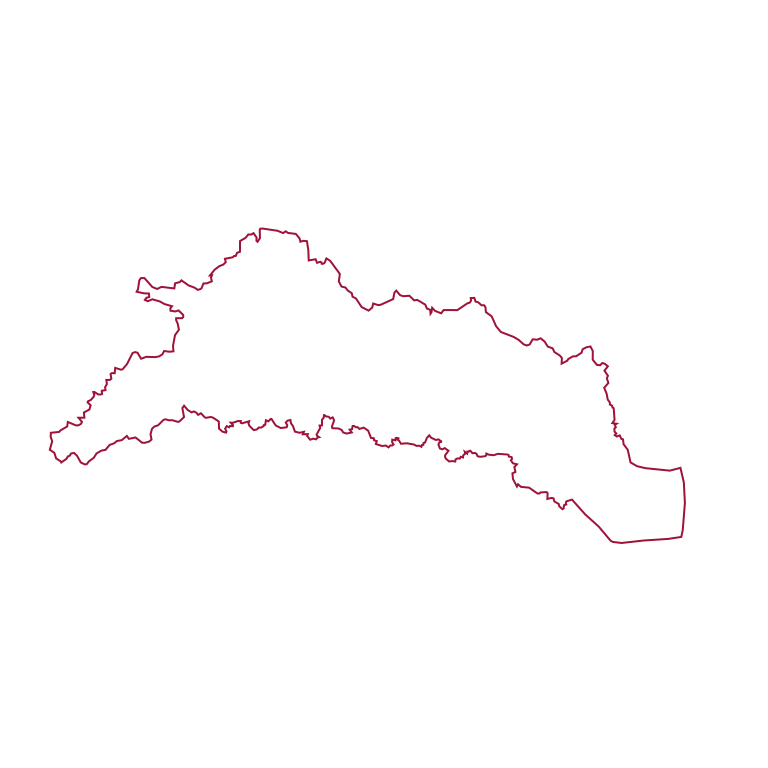 outline of Vondrozo, Atsimo-Atsinanana, Madagascar, rotated 280°
{"feature_id": "10022922B86038713071830", "entity_name": "Vondrozo", "entity_type": "district", "adm_level": 2, "iso_a3": "MDG", "parent_name": "Madagascar", "parent_adm1": "Atsimo-Atsinanana", "projection": "robinson", "projection_center": [47.287, -22.691], "detail": "fine", "context": "isolated", "style": "outline", "palette": "rose", "viewbox_px": 768, "rotation_deg": 280, "n_neighbors": 0, "source": "geoboundaries", "source_scale": "gbopen_adm2", "svg_char_len": 6133}
<svg xmlns="http://www.w3.org/2000/svg" viewBox="0 0 768 768"><g transform="rotate(280 384 384)"><path d="M250.7,79.8L255.2,84.3L257.7,85.2L259.0,87.2L261.1,87.7L262.3,90.7L260.2,94.0L254.1,99.0L252.9,103.1L253.3,105.1L256.8,107.0L260.8,110.9L265.7,113.0L269.3,117.2L270.8,121.2L276.3,124.3L278.8,128.6L281.5,130.9L283.1,135.4L288.2,139.8L285.7,142.3L288.2,148.6L284.2,155.9L284.5,158.6L286.6,162.8L288.9,164.7L294.0,162.8L299.6,163.3L302.2,165.2L304.1,168.7L310.5,173.2L311.3,175.0L310.9,178.6L311.6,181.8L310.9,187.7L311.7,189.1L316.7,192.8L325.3,189.6L327.9,190.9L324.4,195.1L322.6,199.4L324.0,201.6L323.1,204.4L321.3,206.3L323.4,208.8L320.0,213.3L319.8,214.6L321.4,219.0L321.2,221.4L318.4,227.8L311.4,229.3L309.0,233.2L308.7,236.9L309.9,237.1L312.4,235.3L315.2,236.4L314.5,239.1L315.9,239.6L316.2,242.5L317.2,242.5L319.3,239.8L319.6,242.0L322.2,246.6L322.6,249.5L320.9,249.6L320.6,251.0L323.9,257.7L321.7,257.4L319.5,258.6L316.0,263.6L317.2,266.8L319.4,268.2L319.7,270.4L321.5,272.7L322.6,272.7L323.2,274.1L327.8,274.0L327.2,276.7L329.9,278.4L330.0,279.3L324.4,284.5L322.7,290.0L324.5,295.7L326.6,295.9L328.9,294.0L331.1,295.3L332.3,298.1L328.9,299.4L327.0,301.5L321.6,304.6L321.3,309.4L323.0,313.4L320.4,312.8L321.4,317.7L319.6,317.3L316.3,320.9L317.9,323.8L317.7,326.7L319.8,327.9L320.4,329.3L321.3,327.1L322.5,326.4L329.6,328.8L331.9,327.8L332.4,330.1L338.0,329.2L340.5,330.5L342.9,330.2L343.0,330.9L342.0,332.7L342.1,335.3L340.6,337.1L342.2,339.2L341.6,339.8L339.5,341.2L332.9,340.1L331.5,340.8L332.3,347.0L331.4,350.3L329.2,352.2L328.7,355.8L330.7,360.7L333.1,358.1L334.0,360.4L337.2,360.4L337.5,361.6L336.5,364.1L336.9,365.6L335.5,367.6L337.5,371.6L335.3,376.5L328.6,380.6L328.8,383.4L326.9,384.0L326.5,386.8L323.5,386.4L322.6,392.9L323.7,396.5L322.4,399.4L324.6,401.0L324.9,402.8L326.1,403.9L328.1,402.1L330.6,401.8L330.5,405.0L332.6,404.8L333.2,405.7L333.0,407.6L331.6,407.0L331.0,408.5L328.1,411.1L329.6,416.9L329.6,424.0L328.7,426.7L329.4,429.7L328.6,431.7L330.7,432.1L330.9,433.3L332.8,433.2L333.5,434.6L338.4,435.6L341.3,437.5L339.4,439.5L337.9,444.7L338.9,447.3L337.5,450.3L336.8,450.3L336.1,448.6L334.0,448.1L330.2,450.2L329.8,452.8L331.4,454.9L329.5,459.1L324.4,456.6L323.0,456.7L321.2,457.9L319.0,461.6L320.0,464.7L320.0,467.6L322.2,467.6L323.5,469.3L323.7,471.6L325.6,472.2L325.4,474.6L327.5,474.4L329.5,476.1L331.3,475.3L329.9,478.0L331.9,477.8L332.1,479.2L333.1,479.8L333.2,480.7L331.2,483.1L331.9,485.5L331.4,487.1L329.1,488.7L329.0,491.5L330.5,496.2L331.4,497.0L333.3,496.9L332.6,499.3L332.9,504.4L335.0,508.3L336.0,518.0L335.7,519.0L334.2,519.5L334.2,522.3L332.6,523.1L330.9,522.2L328.3,524.7L328.0,528.9L324.9,526.8L320.2,528.7L318.3,526.0L312.9,527.5L306.1,532.7L308.5,533.4L306.5,536.7L307.1,544.9L302.8,554.2L303.2,556.1L304.4,557.0L305.8,563.0L304.8,564.1L299.2,564.8L300.9,568.7L300.8,570.8L297.9,572.2L296.2,576.9L293.9,577.9L291.7,581.5L292.6,582.5L295.8,582.3L297.0,584.4L298.0,583.7L300.1,584.0L302.8,589.2L290.5,604.8L280.8,620.3L269.0,634.4L268.2,636.9L268.7,645.6L275.0,667.1L280.8,690.8L285.0,703.3L291.8,703.6L319.0,701.0L339.0,696.4L352.9,690.5L348.3,680.5L346.5,656.1L347.0,647.4L349.6,640.4L361.5,635.5L366.3,630.4L371.0,629.0L371.1,627.4L374.3,625.0L372.7,622.3L373.8,620.1L375.6,621.4L377.1,619.3L380.1,618.6L381.7,619.8L383.7,618.4L385.3,620.0L385.1,615.7L388.7,617.3L400.1,614.4L400.5,613.1L402.2,612.5L403.0,610.0L404.9,609.7L407.6,607.0L413.2,604.9L418.5,601.5L424.0,604.8L428.2,602.5L431.0,603.1L435.4,598.8L440.3,601.4L442.2,598.0L442.6,595.4L440.0,593.6L439.8,590.4L444.2,585.3L452.7,583.9L456.8,580.8L455.3,576.9L452.7,573.6L449.1,573.1L444.7,568.4L443.9,565.0L440.3,560.9L438.8,560.5L434.9,555.4L440.5,554.7L442.5,552.3L445.1,546.2L448.4,543.9L449.3,538.8L453.7,534.8L456.2,530.3L454.2,527.1L453.8,522.6L448.2,520.6L446.7,517.8L447.3,514.7L450.8,509.0L452.9,503.5L455.5,490.1L460.3,484.4L469.3,478.3L472.5,471.9L477.1,470.6L478.9,469.1L478.5,466.3L480.8,462.6L481.1,459.8L484.5,458.0L483.7,454.5L481.3,455.3L479.0,454.3L477.9,452.1L469.5,443.4L467.2,429.9L463.5,428.0L464.9,421.5L467.4,418.2L462.8,418.3L461.3,417.6L465.1,416.6L465.8,413.1L469.3,410.9L472.6,402.2L471.6,399.1L475.3,393.7L473.8,387.6L474.3,384.4L478.1,379.9L475.8,378.4L469.2,378.3L461.3,366.7L460.7,364.3L461.4,359.4L457.2,359.1L453.6,356.1L455.9,348.6L463.4,341.5L464.5,337.9L467.8,336.5L469.8,332.0L472.3,329.3L472.6,325.2L477.2,321.7L484.7,321.4L495.9,309.7L497.7,305.5L492.6,304.3L491.6,302.5L491.6,301.7L492.9,301.3L493.3,300.0L491.7,297.0L495.0,295.0L492.6,288.4L502.4,286.3L511.3,283.3L511.0,279.6L509.6,277.0L512.7,275.6L516.5,271.1L516.1,263.3L517.3,260.6L515.1,258.5L516.4,252.6L516.0,237.6L515.5,235.3L514.6,234.8L506.1,236.5L502.1,234.8L502.9,233.5L506.1,233.1L509.9,229.3L508.1,227.3L507.7,224.4L503.9,222.3L499.8,217.4L489.2,219.2L487.7,216.5L484.4,215.8L484.0,214.1L482.5,213.0L479.7,205.6L476.5,207.0L473.6,204.9L471.5,201.4L467.1,197.3L460.7,193.8L461.2,195.7L458.8,195.1L455.2,196.6L452.3,191.9L451.7,188.8L446.4,187.6L445.3,186.2L444.4,184.3L446.0,180.6L447.1,174.5L450.9,166.5L448.9,165.2L446.9,160.8L441.7,160.9L441.0,148.0L438.2,144.1L439.3,139.0L446.7,129.7L446.1,126.3L443.5,125.0L434.7,125.3L431.9,124.4L431.6,132.0L432.3,136.8L428.9,137.7L427.6,135.0L425.3,133.9L424.5,137.1L427.2,141.1L426.4,148.8L424.6,154.0L423.8,161.7L421.4,160.4L419.1,161.0L419.2,165.9L420.8,168.9L417.2,174.2L415.1,174.7L413.7,173.7L412.7,167.9L411.0,168.1L407.5,170.4L401.8,172.6L395.9,169.7L384.8,169.6L379.6,171.0L378.5,167.0L378.3,161.7L374.7,160.6L372.1,157.7L370.7,153.8L369.5,145.2L366.7,140.4L372.0,135.8L372.2,133.3L370.8,131.0L359.1,127.5L353.2,124.1L352.4,122.6L353.2,116.5L347.9,116.9L347.4,114.0L346.3,113.0L341.8,114.6L340.4,113.3L339.8,109.8L335.9,111.1L332.5,109.9L329.6,110.8L328.3,107.2L325.3,108.1L324.5,106.9L324.1,104.5L325.9,100.0L325.6,99.1L322.9,100.6L321.0,100.3L317.3,98.0L315.6,95.5L314.4,95.3L312.1,98.8L307.7,98.3L303.8,93.4L298.8,94.8L297.7,89.0L294.2,93.2L292.1,92.5L290.3,90.3L289.7,87.9L291.7,79.2L287.2,79.4L282.0,73.3L280.4,72.4L278.1,64.4L274.1,64.9L270.0,67.2L261.2,66.3L259.0,71.3L253.8,74.0L251.6,79.3L250.7,79.8Z" fill="none" stroke="#9f1239" stroke-width="2"/></g></svg>